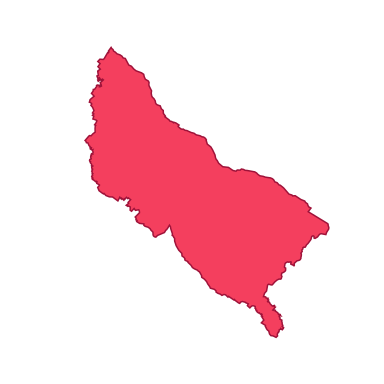 Don Chedi, Suphan Buri, Thailand, rotated 26°
{"feature_id": "78962969B69423303850724", "entity_name": "Don Chedi", "entity_type": "district", "adm_level": 2, "iso_a3": "THA", "parent_name": "Thailand", "parent_adm1": "Suphan Buri", "projection": "robinson", "projection_center": [99.955, 14.648], "detail": "fine", "context": "isolated", "style": "filled", "palette": "rose", "viewbox_px": 384, "rotation_deg": 26, "n_neighbors": 0, "source": "geoboundaries", "source_scale": "gbopen_adm2", "svg_char_len": 6021}
<svg xmlns="http://www.w3.org/2000/svg" viewBox="0 0 384 384"><g transform="rotate(26 192 192)"><path d="M239.6,146.4L232.4,148.4L230.0,149.3L228.6,149.1L226.3,149.7L225.7,151.2L223.0,152.4L222.4,154.0L219.4,154.7L214.0,153.9L208.6,155.8L203.4,154.5L200.6,152.5L199.6,152.2L198.1,150.9L196.4,148.6L191.9,145.0L189.1,143.2L184.8,142.3L182.1,139.4L182.1,138.9L180.6,137.9L178.4,137.5L176.8,138.0L174.5,137.9L170.7,138.8L168.1,138.3L165.2,138.9L160.5,139.0L158.7,139.6L156.4,139.3L155.6,140.0L154.0,140.1L150.9,139.3L150.7,138.9L151.0,137.5L147.3,137.0L145.0,137.3L145.0,137.8L142.8,137.5L141.3,138.0L139.7,137.2L134.7,136.3L134.9,135.5L131.8,133.9L130.4,131.3L128.0,130.7L125.7,128.5L122.6,128.9L121.2,128.6L120.1,127.8L119.1,126.3L116.9,124.8L114.9,124.2L113.7,123.4L112.0,121.0L111.3,118.8L107.0,115.5L106.2,114.5L105.4,112.4L104.2,111.4L100.6,111.1L98.5,109.3L97.0,107.4L94.4,107.0L88.6,107.6L85.8,107.0L82.4,105.5L79.5,105.6L73.5,101.2L71.4,101.7L69.4,100.6L67.1,100.3L64.1,100.7L61.8,99.9L59.7,99.7L58.6,98.6L56.9,98.2L55.9,97.5L55.1,102.0L55.9,102.5L55.6,103.8L55.1,103.8L54.6,110.7L54.1,111.8L51.0,113.0L50.1,116.0L53.1,116.9L52.5,120.6L55.7,121.8L54.4,124.1L54.7,124.3L54.4,124.9L56.7,128.3L55.7,129.4L57.6,131.2L58.6,129.8L59.5,130.4L58.1,132.7L59.2,133.6L60.9,130.9L61.6,131.4L62.1,129.8L63.2,130.1L61.6,134.0L63.2,135.2L64.2,136.5L63.6,137.3L63.2,137.0L62.7,137.8L62.2,136.6L61.8,137.3L60.9,137.0L59.9,137.4L59.6,138.0L60.0,138.1L60.0,139.0L59.4,142.5L58.3,143.1L58.9,144.8L58.4,147.4L62.0,148.8L59.9,153.6L60.4,156.3L61.7,156.1L63.3,156.8L63.1,158.4L65.4,159.4L68.2,161.8L67.9,164.6L69.5,164.9L68.9,166.7L70.5,166.9L70.9,169.8L74.1,169.4L75.3,169.7L75.4,172.0L75.0,174.3L76.2,174.4L76.2,175.3L77.1,177.6L78.7,180.6L77.4,183.2L76.7,185.7L75.3,186.1L74.8,186.8L73.3,192.6L74.4,192.9L75.5,194.0L76.9,193.5L79.2,195.5L80.3,195.7L80.5,196.3L81.6,196.3L81.2,197.0L81.4,197.4L82.3,196.7L82.4,197.3L82.1,197.9L83.7,198.1L84.3,197.5L84.3,198.3L85.3,199.1L85.8,199.9L85.7,201.0L86.2,201.4L85.6,201.8L85.0,201.6L84.9,201.9L85.0,202.7L85.7,203.5L85.2,203.8L85.6,205.1L86.8,206.3L86.7,206.8L86.1,207.2L85.9,207.8L86.2,208.8L86.9,209.3L87.5,209.2L87.7,210.2L89.5,211.0L90.1,211.9L90.1,212.4L90.9,212.6L91.0,212.2L91.4,212.2L90.8,213.5L91.8,214.8L92.4,214.9L92.3,215.5L92.9,215.7L92.7,217.2L93.5,217.7L93.9,218.7L94.7,218.9L94.4,219.6L95.3,220.4L95.0,221.0L95.1,222.2L96.1,222.4L96.0,223.2L96.8,223.2L96.7,224.1L97.1,224.4L97.7,224.2L101.1,225.0L101.4,224.3L102.0,224.3L102.6,226.0L105.7,226.2L105.9,226.6L105.2,229.2L107.9,231.6L112.0,232.4L113.4,232.5L113.6,231.9L116.2,232.9L119.8,232.6L122.8,231.3L129.3,232.5L129.4,228.3L131.5,229.3L131.5,228.4L134.2,229.2L134.1,227.9L134.8,228.2L135.4,225.5L137.2,226.1L137.4,225.2L140.2,225.8L139.1,229.4L140.0,230.0L138.7,232.8L140.5,233.0L140.6,232.5L143.1,232.5L144.4,235.5L146.1,235.8L147.2,232.2L149.2,233.3L151.9,231.3L153.1,232.3L153.9,233.7L151.9,239.4L153.3,240.1L153.8,241.6L155.1,241.6L155.2,242.8L158.6,243.2L162.7,241.8L163.3,243.0L164.8,243.4L167.9,242.9L170.4,243.3L171.4,244.1L174.5,245.2L175.8,247.6L176.7,248.4L177.9,248.7L179.3,248.4L180.1,246.1L185.0,240.5L185.2,237.8L185.7,237.0L186.0,235.1L186.3,231.7L187.9,232.7L188.8,234.1L192.4,237.8L192.9,238.5L193.2,239.7L194.6,239.9L195.4,240.7L196.7,241.3L197.9,243.7L201.3,247.2L205.6,250.1L209.7,251.6L211.1,253.9L213.5,254.3L214.9,255.1L215.3,256.1L215.9,256.4L218.8,256.3L219.2,257.0L223.3,258.3L225.5,259.7L227.8,260.0L231.3,259.9L232.6,260.5L233.6,260.4L237.2,262.9L238.1,264.4L241.4,264.9L244.5,266.2L246.4,267.7L249.4,269.3L250.7,270.4L254.6,269.7L256.8,270.2L257.5,271.4L259.7,271.7L262.2,271.4L264.2,271.8L265.6,270.1L267.2,269.7L270.4,270.7L270.6,269.8L277.1,270.7L277.4,270.0L278.2,270.5L282.4,271.3L283.7,271.2L284.1,269.4L285.3,268.3L288.6,267.7L288.9,268.0L291.6,267.8L291.6,269.9L294.8,270.8L295.4,268.9L296.0,267.9L297.2,267.3L299.0,267.2L299.7,268.9L300.3,268.8L300.9,269.8L301.8,270.5L302.2,270.2L302.8,271.1L304.8,271.6L305.4,271.1L307.1,271.8L307.9,271.1L308.6,271.3L308.6,273.0L309.8,272.9L310.0,273.1L309.8,273.8L312.7,275.6L311.7,279.2L316.5,279.7L316.8,280.7L318.3,281.6L318.6,282.1L320.3,283.0L321.9,283.3L323.9,285.6L325.8,286.5L328.0,285.8L331.3,285.8L332.0,283.8L331.2,282.9L330.9,281.9L331.0,280.0L331.3,280.1L331.4,279.4L330.8,277.4L332.1,276.3L331.9,276.0L333.5,276.3L333.9,274.7L333.6,274.6L333.7,273.6L332.0,273.3L332.1,272.0L331.2,271.5L329.9,269.4L329.2,268.9L329.0,267.8L326.6,267.7L326.3,266.5L325.0,265.8L325.3,264.4L325.9,264.3L325.3,264.0L325.1,263.5L324.5,263.4L324.2,264.0L323.5,263.8L323.4,264.1L322.0,262.9L318.9,262.5L318.8,261.8L316.8,262.1L316.8,262.7L316.4,262.7L317.4,258.9L316.1,258.9L316.1,258.0L315.8,257.8L314.2,259.3L310.9,258.1L310.1,257.2L309.1,257.0L308.6,257.5L307.9,257.2L308.3,255.5L307.0,255.3L307.0,254.2L305.1,254.8L304.5,254.1L303.6,254.1L302.1,254.7L301.6,251.3L302.4,248.3L300.8,242.7L300.9,241.9L301.3,241.3L304.0,240.8L304.9,240.2L305.8,236.7L307.0,233.9L308.3,232.2L309.9,231.4L310.2,230.9L309.8,228.4L308.9,227.8L308.2,225.7L309.7,223.8L310.5,222.0L310.4,221.2L309.5,219.3L308.4,219.3L308.0,219.0L307.1,215.9L307.1,215.0L308.4,213.0L309.7,212.7L311.5,211.4L311.9,211.6L312.1,212.9L312.6,213.6L314.3,213.4L316.0,213.6L316.1,213.0L315.3,211.8L315.3,211.0L316.5,207.9L318.2,206.5L318.9,205.4L319.0,204.0L318.6,203.2L318.2,201.4L317.5,199.8L316.7,199.3L317.1,197.1L316.2,196.0L316.6,194.5L316.1,193.4L316.4,192.8L317.9,192.0L318.0,191.6L318.1,189.2L318.8,187.5L319.7,182.6L319.1,179.5L319.9,178.4L320.6,178.2L321.2,178.5L321.9,179.9L322.9,179.8L324.5,177.4L325.1,174.4L325.7,173.4L326.5,172.8L331.0,171.6L330.7,169.3L331.1,165.4L330.6,164.0L328.9,162.2L328.4,161.2L327.4,160.9L305.1,158.8L306.0,154.3L303.5,154.2L302.0,153.2L301.0,152.0L298.6,151.6L297.3,150.7L293.1,151.0L286.4,150.1L284.1,151.4L283.2,150.9L280.1,151.4L272.6,148.2L268.4,147.2L267.2,147.5L264.4,146.3L262.0,146.6L260.0,145.2L258.3,144.8L256.4,144.9L251.4,146.5L249.2,146.7L245.8,147.7L243.2,147.2L241.8,146.6L239.6,146.4Z" fill="#f43f5e" stroke="#9f1239" stroke-width="1.5"/></g></svg>